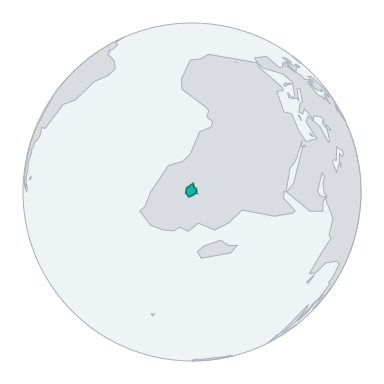 the Earth from above Western, rotated 55°
{"feature_id": "ZMB-523", "entity_name": "Western", "entity_type": "Province", "adm_level": 1, "iso_a3": "ZMB", "parent_name": "Zambia", "parent_adm1": "", "projection": "orthographic", "projection_center": [24.246, -15.661], "detail": "medium", "context": "on_globe", "style": "filled", "palette": "teal", "viewbox_px": 384, "rotation_deg": 55, "n_neighbors": 0, "source": "natural_earth", "source_scale": "10m", "svg_char_len": 6020}
<svg xmlns="http://www.w3.org/2000/svg" viewBox="0 0 384 384"><g transform="rotate(55 192 192)"><circle cx="192" cy="192" r="169" fill="#eef3f6" stroke="#a8b0b8"/><path d="M26.2,159.4L26.4,158.7L25.9,161.3L25.8,168.3L28.8,168.7L29.5,174.7L28.8,179.5L30.5,179.2L30.6,182.1L40.0,180.3L47.1,184.4L48.4,194.5L45.5,208.5L49.7,235.0L46.3,247.6L50.1,258.5L55.6,276.1L52.9,277.9L58.5,284.0L61.0,289.7L60.6,291.9L64.7,297.0L64.6,298.5L67.7,300.7L73.7,309.0L79.2,313.3L85.2,319.7L88.9,322.0L88.9,322.5L90.5,324.2L92.7,325.8L89.9,325.1L82.1,319.3L77.9,315.4L77.7,315.7L68.1,305.8L70.3,308.4L58.6,295.2L50.1,283.0L33.5,250.3L32.1,246.7L28.5,234.6L25.8,222.3L24.0,209.7L23.1,197.1L23.2,184.5L24.2,171.9L26.2,159.4ZM96.7,327.3L91.2,325.9L93.3,326.2L89.6,322.7L94.4,324.5L96.7,327.3ZM88.0,317.7L86.7,315.0L88.0,315.5L89.1,317.5L88.0,317.7ZM240.6,30.2L241.7,30.5L242.9,30.9L242.4,30.7L254.1,34.9L265.4,39.8L276.4,45.6L286.9,52.2L296.9,59.5L306.3,67.6L315.1,76.3L323.3,85.7L330.7,95.6L337.4,106.0L343.4,116.9L348.5,128.2L349.3,130.8L355.7,150.4L356.8,155.2L357.0,160.5L356.3,156.8L351.4,143.4L353.1,154.2L356.9,167.5L358.3,180.4L356.5,174.0L354.8,162.6L353.0,157.6L351.6,147.8L346.5,131.8L344.5,132.0L342.9,126.4L335.6,112.7L331.7,112.9L326.8,123.0L329.2,137.4L326.1,142.5L315.1,118.6L309.6,104.5L306.0,104.5L294.4,91.6L275.2,86.9L272.2,83.5L268.7,84.3L260.4,80.1L255.7,74.8L250.9,74.5L263.4,88.8L268.5,89.4L272.5,85.1L275.0,90.2L282.9,95.9L275.2,106.5L246.3,114.4L243.1,103.6L218.9,75.9L219.4,73.2L219.2,72.9L218.9,72.3L217.2,76.7L212.8,71.9L226.2,89.8L228.7,98.0L245.9,115.0L244.4,116.6L249.8,120.5L266.7,118.3L266.9,121.9L259.2,138.3L235.5,161.3L238.4,179.4L236.3,195.0L221.1,204.9L222.0,217.7L214.0,222.0L213.3,229.4L206.6,237.3L195.8,245.0L177.7,245.7L176.9,238.8L168.4,226.0L156.7,196.0L161.6,182.1L160.1,172.0L147.0,151.2L149.9,139.2L146.3,134.7L139.0,136.7L134.8,131.6L130.3,132.1L102.2,141.2L93.5,135.9L82.9,117.8L87.9,108.4L88.7,99.5L123.1,64.9L130.6,64.9L157.8,58.2L161.3,58.8L158.2,64.7L178.9,70.8L185.3,65.5L203.8,69.5L216.0,69.7L220.0,59.1L200.0,58.3L196.4,53.4L212.2,49.7L229.6,51.5L228.8,49.7L217.6,45.1L221.4,42.6L213.7,43.5L217.0,45.3L212.2,46.1L209.0,44.6L210.4,43.6L205.2,42.7L199.4,48.4L202.1,50.9L188.4,52.1L191.5,56.5L187.8,58.7L181.1,52.2L181.7,49.8L169.3,44.3L167.5,46.7L179.0,52.4L175.5,52.0L173.1,56.3L172.1,52.8L160.0,46.8L147.5,49.8L131.8,62.1L124.4,64.4L118.1,63.8L123.6,53.2L139.4,49.4L141.6,46.3L138.2,43.4L143.3,42.8L143.9,41.4L149.8,40.2L158.1,36.1L164.1,35.1L167.2,31.5L170.7,30.8L167.9,33.0L169.1,34.3L184.1,33.2L187.0,32.4L187.8,30.4L191.8,30.7L190.6,28.9L199.2,28.4L187.8,27.8L188.4,26.3L193.4,25.2L191.6,24.8L183.4,26.6L181.9,27.5L184.0,28.3L178.3,31.8L173.2,32.7L171.4,29.4L163.9,30.6L165.8,28.2L186.9,23.6L195.7,23.3L210.7,25.0L208.8,25.4L202.4,24.8L208.5,26.4L207.9,25.7L211.2,26.2L212.7,25.5L215.1,25.9L212.3,24.8L215.5,25.2L217.2,25.9L222.0,25.9L228.5,27.2L228.4,27.1L226.5,26.6L236.0,28.9L235.7,28.8L240.6,30.2ZM111.6,80.0L110.7,82.5L111.6,80.0ZM248.5,60.0L258.6,62.1L253.3,55.3L256.7,55.7L253.7,53.4L252.9,54.8L245.2,49.1L249.3,48.3L247.7,46.0L244.2,45.2L237.9,47.7L248.8,55.6L246.8,57.7L248.5,60.0ZM26.4,158.4L26.3,159.7L26.0,160.5L26.4,158.4ZM141.1,36.4L143.1,36.5L140.9,38.2L133.3,40.8L136.4,38.3L141.1,36.4ZM146.6,36.6L147.0,33.3L151.7,32.0L149.0,33.2L152.1,32.6L148.5,34.5L152.7,37.0L151.1,38.8L137.8,41.8L143.1,39.6L140.7,39.4L146.6,36.6ZM139.5,31.6L139.7,31.4L149.8,28.6L148.4,29.3L140.7,31.5L137.7,32.2L139.5,31.6ZM165.1,56.4L167.7,56.4L171.9,55.9L170.4,58.8L165.1,56.4ZM156.6,52.3L159.0,51.7L159.0,55.0L156.3,55.2L156.6,52.3ZM160.3,48.8L159.2,51.4L158.2,50.1L160.3,48.8ZM170.1,32.5L172.6,32.1L172.9,32.5L171.5,33.4L170.1,32.5ZM216.6,60.7L213.1,62.6L211.3,61.5L212.8,61.0L216.6,60.7ZM190.7,60.0L196.6,61.3L190.2,60.8L190.7,60.0ZM270.5,292.6L270.6,295.6L268.5,295.2L270.5,292.6ZM264.1,195.2L251.5,222.5L243.9,221.8L243.0,213.1L248.0,196.3L257.1,192.5L261.7,185.5L264.1,195.2ZM358.7,219.5L358.7,219.3L358.7,219.5ZM359.1,216.8L358.5,209.3L357.7,204.4L358.4,202.2L359.6,207.6L359.1,216.8ZM358.3,201.9L356.5,189.8L351.1,161.7L353.1,164.0L358.2,183.5L357.9,185.5L359.0,194.2L358.3,201.9ZM360.5,204.0L360.5,200.1L360.3,197.1L360.2,186.6L360.3,182.7L360.6,184.3L360.6,180.9L360.5,204.0ZM329.9,139.0L333.4,149.2L331.5,149.8L329.9,139.0ZM351.5,136.2L350.8,134.2L351.5,136.2ZM220.2,25.4L222.6,25.8L215.9,24.7L215.7,24.7L220.2,25.4ZM330.6,288.7L330.0,287.9L331.7,283.9L334.9,279.8L343.7,263.0L343.5,264.1L348.1,253.8L349.9,252.0L344.5,264.7L338.0,277.0L330.6,288.7Z" fill="#d9dde1" stroke="#a8b0b8" stroke-width="1"/><path d="M185.7,193.8L185.8,193.8L185.6,193.5L185.5,186.2L185.8,186.4L186.0,186.4L186.2,186.2L186.3,186.2L187.0,186.7L187.0,186.8L187.3,186.9L187.4,187.0L187.6,187.1L187.7,186.8L187.9,186.8L188.0,186.7L188.3,186.9L188.4,187.1L188.7,187.1L188.8,187.3L189.1,187.3L189.0,187.6L189.5,187.5L189.7,187.4L190.0,187.3L190.3,187.1L190.5,187.1L190.8,187.0L191.3,187.1L191.5,187.0L191.5,186.9L191.7,187.0L191.9,186.8L192.2,186.9L192.3,186.9L192.4,187.0L192.6,187.0L192.6,186.9L192.9,187.1L193.0,187.1L193.3,187.1L193.4,187.5L193.8,187.6L194.2,187.7L194.3,187.7L194.4,187.8L194.4,188.0L194.3,188.3L194.0,188.5L194.0,188.8L194.6,189.0L195.1,188.8L195.4,188.9L195.7,188.8L195.5,189.1L195.5,189.4L195.4,189.5L195.4,190.1L195.3,190.3L195.2,190.5L195.1,190.9L195.1,191.1L195.0,191.4L194.8,191.5L194.8,191.8L194.9,192.0L194.9,192.3L195.0,192.3L195.2,192.2L195.3,192.3L195.2,192.6L195.1,192.8L195.1,193.0L195.3,193.3L195.1,193.5L195.0,193.9L194.6,194.1L194.2,194.5L194.3,194.8L194.4,195.0L194.8,195.1L194.8,195.3L194.9,195.7L194.8,195.9L194.6,196.0L194.4,196.4L194.4,196.6L194.2,196.9L194.2,197.2L194.1,197.3L194.0,197.6L193.9,197.6L193.2,197.4L192.9,197.5L192.4,197.3L192.2,197.4L189.6,197.8L189.6,197.7L189.4,197.6L189.0,197.5L189.0,197.4L188.8,197.2L188.5,196.8L188.1,196.7L187.8,196.5L187.7,196.1L187.3,195.9L187.2,195.7L186.8,195.2L186.7,195.2L186.3,195.0L186.1,194.8L186.0,194.7L185.9,194.6L185.9,194.4L185.9,194.1L185.7,193.8Z" fill="#14b8a6" stroke="#0f766e" stroke-width="1.5"/></g></svg>